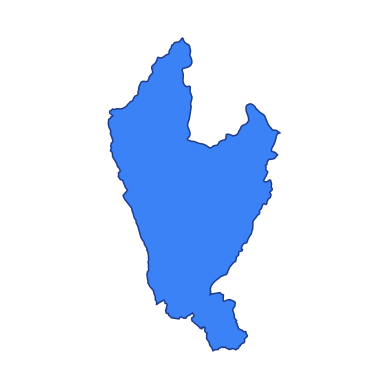 the district of Sin Ho, Lai Chau, Vietnam, rotated 203°
{"feature_id": "81297802B88663047044628", "entity_name": "Sin Ho", "entity_type": "district", "adm_level": 2, "iso_a3": "VNM", "parent_name": "Vietnam", "parent_adm1": "Lai Chau", "projection": "natural_earth1", "projection_center": [103.292, 22.251], "detail": "fine", "context": "isolated", "style": "filled", "palette": "blue", "viewbox_px": 384, "rotation_deg": 203, "n_neighbors": 0, "source": "geoboundaries", "source_scale": "gbopen_adm2", "svg_char_len": 6010}
<svg xmlns="http://www.w3.org/2000/svg" viewBox="0 0 384 384"><g transform="rotate(203 192 192)"><path d="M201.3,102.9L201.8,101.5L201.3,98.6L199.1,94.8L197.4,92.3L197.1,91.1L195.5,90.0L193.9,88.6L189.1,86.2L187.2,83.6L185.3,81.7L184.1,79.6L183.8,78.6L181.6,77.0L180.7,74.6L180.3,74.7L180.2,75.6L179.7,76.3L176.2,80.9L175.5,81.5L174.1,80.4L173.4,79.0L173.0,78.9L172.0,79.3L171.1,78.9L170.7,77.9L170.4,75.5L169.7,74.3L170.2,73.6L170.1,72.8L168.6,70.6L167.8,70.4L166.4,70.9L165.4,69.5L162.6,68.7L162.2,68.2L160.3,68.5L154.4,70.1L154.1,70.6L154.2,72.1L153.9,72.5L153.5,72.8L150.9,72.6L148.8,73.1L148.1,74.1L148.1,75.3L147.7,76.3L145.9,77.9L144.4,80.8L142.2,79.4L141.7,78.8L141.8,77.9L143.0,76.3L142.7,74.8L141.9,73.7L141.2,73.2L139.9,73.1L138.3,72.2L136.5,72.0L132.6,70.5L131.3,69.8L129.6,69.9L129.4,70.1L129.6,70.6L130.2,70.9L130.0,71.3L129.4,71.8L128.5,71.6L128.5,71.9L127.3,72.5L127.1,72.1L126.7,72.0L126.6,70.1L125.9,69.4L125.5,68.6L124.2,68.0L122.8,67.9L122.5,65.6L122.0,64.9L121.9,64.1L121.3,62.9L120.5,62.2L117.8,60.6L115.8,58.0L112.6,56.0L110.7,54.0L109.0,56.0L106.3,57.1L106.0,58.8L105.1,59.6L104.2,61.0L102.9,60.9L101.1,62.1L99.2,61.6L97.6,61.8L96.3,61.5L94.4,62.9L93.8,63.6L91.9,64.0L89.9,63.9L89.5,64.5L89.2,65.4L88.4,66.0L88.2,66.4L88.2,68.5L87.6,68.8L87.6,70.1L86.6,72.3L86.2,72.8L85.4,73.2L85.2,73.7L85.1,74.5L85.5,76.0L86.3,77.0L84.8,80.4L84.9,81.4L87.3,83.4L88.0,84.5L89.7,83.6L91.4,84.3L95.9,84.4L96.8,86.0L98.1,86.7L99.0,88.5L100.7,89.3L100.9,89.8L100.6,90.7L100.7,91.1L103.8,92.6L105.0,95.2L107.4,98.2L108.5,99.2L108.5,100.5L108.0,103.9L108.9,106.9L109.4,107.4L110.7,107.8L115.1,107.8L116.9,106.7L119.7,104.0L120.2,103.8L120.8,104.2L121.3,105.2L122.9,109.6L125.8,109.5L126.5,110.2L126.8,110.3L129.4,108.8L130.7,107.8L131.4,107.6L132.5,106.7L134.0,106.0L135.2,104.6L135.8,107.7L136.7,108.5L137.2,109.8L137.6,112.6L137.5,114.3L136.7,117.0L135.7,119.6L133.5,123.3L132.8,125.0L129.9,128.1L128.4,129.2L128.1,129.7L127.8,131.8L128.1,132.6L127.9,137.6L126.9,141.2L126.1,143.3L124.7,145.3L125.5,148.8L125.5,149.8L125.3,150.6L124.6,151.7L124.6,152.2L124.8,153.5L125.5,154.7L125.5,155.1L125.3,155.6L123.1,157.3L122.8,158.0L123.1,158.9L124.1,158.9L124.5,159.3L124.8,161.0L124.8,162.3L124.6,163.7L123.8,165.2L121.8,166.6L122.0,171.0L121.7,174.0L121.2,176.1L121.2,177.7L121.7,179.6L121.6,181.4L123.6,186.8L124.3,188.4L124.3,189.2L124.0,190.9L123.2,193.3L122.8,195.9L121.5,198.0L121.6,199.6L122.6,200.9L122.6,201.6L121.7,203.8L121.7,204.9L122.0,207.9L121.8,208.7L120.9,209.3L119.0,209.5L118.6,210.6L119.3,212.3L119.0,213.7L119.2,214.9L118.9,215.6L118.3,216.4L117.8,217.7L118.0,219.7L118.5,220.8L120.2,221.6L120.3,222.4L119.3,224.4L119.1,225.6L119.6,226.5L120.8,227.3L122.1,230.8L124.3,233.5L125.3,233.4L127.2,230.5L128.5,229.9L129.4,229.9L130.4,230.3L130.6,230.8L130.2,233.7L130.0,239.6L130.3,240.2L132.4,241.0L133.1,242.0L133.4,243.5L134.1,244.4L134.8,244.9L134.7,245.4L133.8,246.4L134.0,247.5L134.4,248.4L134.5,249.5L134.1,251.1L134.1,251.9L130.0,254.3L129.0,255.4L128.4,257.8L127.7,259.6L129.5,260.5L130.7,260.6L131.3,261.0L132.7,260.6L134.4,260.6L134.9,261.1L135.4,262.2L135.6,263.3L135.2,266.9L135.2,270.0L135.7,274.6L136.2,276.7L136.1,278.6L136.0,279.2L134.2,280.7L138.3,281.7L141.5,280.7L142.7,280.8L144.1,281.7L145.3,282.1L148.2,283.9L154.7,290.3L156.0,291.0L160.7,291.9L165.5,293.8L166.4,294.3L167.1,295.0L169.3,295.9L171.7,296.2L173.6,295.5L175.3,293.4L175.5,292.6L175.4,291.0L173.6,287.5L170.2,283.9L168.7,281.9L167.7,279.2L168.8,275.7L171.2,273.3L172.2,271.8L172.3,268.1L172.6,266.2L172.5,264.1L173.0,262.7L173.8,261.5L176.0,259.7L179.9,259.6L181.8,259.2L182.5,258.8L182.8,258.2L182.8,257.5L181.8,255.0L181.9,253.2L182.1,252.9L183.8,251.7L185.6,250.0L186.4,248.6L186.8,245.5L187.6,244.5L189.2,243.7L190.4,242.6L191.7,240.2L192.7,239.7L193.5,239.6L197.2,240.4L200.7,240.4L205.2,239.4L209.7,239.4L212.1,238.5L216.0,238.2L216.8,238.8L217.1,239.3L216.1,242.2L216.2,243.8L216.7,245.2L217.7,246.7L221.7,250.8L222.3,252.1L222.9,255.1L223.0,258.1L226.1,270.3L227.6,272.3L227.9,273.2L228.5,277.5L229.1,279.4L233.0,283.6L234.6,287.8L234.9,288.2L235.8,288.4L237.9,286.9L238.8,286.8L241.0,287.7L242.5,288.9L243.9,291.0L245.4,295.6L246.1,297.0L248.8,300.4L248.8,301.4L248.4,302.3L245.3,304.7L243.9,306.1L243.1,307.3L242.6,308.8L242.5,310.6L243.7,313.2L244.8,314.5L247.6,317.2L248.0,319.7L248.5,321.4L250.7,324.5L252.0,325.9L252.8,326.2L256.1,326.5L257.0,326.8L258.6,327.9L260.1,329.6L260.8,330.0L261.5,329.1L261.7,327.5L262.5,325.2L266.2,322.9L266.7,321.9L267.0,320.4L268.0,319.1L267.4,316.2L267.6,315.4L268.1,314.5L268.0,312.5L267.2,310.2L269.3,308.1L271.4,304.7L272.3,303.7L273.1,303.2L275.4,302.8L276.2,302.3L275.9,300.6L276.0,297.0L276.3,295.9L277.7,292.9L278.0,291.5L277.3,290.1L275.0,287.0L274.8,286.1L275.8,283.4L276.3,281.0L276.0,279.7L276.1,276.7L277.0,275.8L279.7,275.0L280.7,274.5L281.8,273.0L282.0,268.4L281.5,266.5L280.8,264.7L280.8,263.0L279.9,260.9L279.9,260.5L280.1,259.9L281.7,258.2L282.1,257.4L282.4,255.8L282.3,252.9L283.0,251.8L284.1,251.0L284.5,249.4L285.5,247.3L285.8,245.4L287.0,243.6L288.9,241.5L289.8,240.8L293.5,239.3L294.3,238.9L295.6,237.6L297.6,237.3L298.1,235.7L299.1,234.7L299.2,233.8L298.3,232.4L295.5,231.6L294.6,231.1L294.8,230.7L295.9,229.6L295.8,228.1L296.6,227.2L297.0,226.2L297.0,225.5L296.4,224.6L296.0,222.7L294.7,220.5L293.4,218.9L290.5,216.4L290.2,214.3L285.5,209.1L284.7,208.0L284.6,207.0L285.3,205.6L285.2,204.5L284.9,203.6L284.8,202.4L283.5,201.5L283.2,198.0L281.9,197.8L281.1,197.3L279.9,195.7L279.0,193.6L272.5,188.8L270.6,186.4L268.4,185.5L266.3,183.5L266.2,182.9L267.2,180.9L266.1,178.7L265.8,177.3L264.1,176.3L263.1,175.5L261.4,175.7L260.3,175.5L254.9,170.0L252.2,168.8L252.5,166.8L254.0,162.3L253.9,161.6L251.5,159.3L241.2,153.5L239.6,151.0L237.6,149.0L236.1,146.9L234.5,145.3L232.6,144.1L231.1,141.5L229.8,140.7L229.0,139.7L228.1,139.2L227.0,137.4L221.1,130.1L218.3,128.0L216.6,127.3L215.6,125.5L211.5,122.5L211.0,121.0L209.5,119.8L207.4,116.8L205.3,112.4L205.1,110.1L204.2,109.1L201.3,102.9Z" fill="#3b82f6" stroke="#1e3a8a" stroke-width="1.5"/></g></svg>